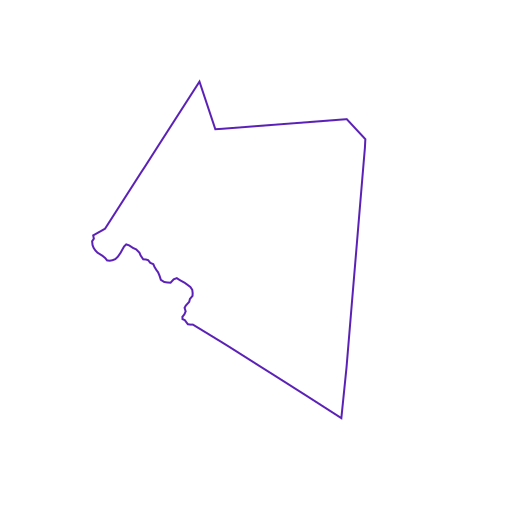 São Benedito do Rio Preto, Maranhão, Brazil (Mercator projection), rotated 337°
{"feature_id": "56859067B52035287226996", "entity_name": "São Benedito do Rio Preto", "entity_type": "district", "adm_level": 2, "iso_a3": "BRA", "parent_name": "Brazil", "parent_adm1": "Maranhão", "projection": "mercator", "projection_center": [-43.709, -3.395], "detail": "fine", "context": "isolated", "style": "outline", "palette": "violet", "viewbox_px": 512, "rotation_deg": 337, "n_neighbors": 0, "source": "geoboundaries", "source_scale": "gbopen_adm2", "svg_char_len": 1124}
<svg xmlns="http://www.w3.org/2000/svg" viewBox="0 0 512 512"><g transform="rotate(337 256 256)"><path d="M272.1,73.4L211.8,114.5L188.6,130.4L183.6,133.7L127.7,171.9L114.2,173.4L113.5,176.7L110.9,178.4L109.8,182.1L109.7,185.0L110.3,188.1L111.4,191.0L114.8,195.9L116.4,199.0L117.2,201.9L119.5,203.2L122.2,203.8L125.3,203.9L128.5,202.7L132.5,200.2L135.3,198.0L138.3,195.7L141.1,194.6L143.4,196.7L145.9,200.5L148.3,203.1L150.0,207.4L150.0,210.5L150.9,215.0L153.3,216.2L155.1,217.7L156.0,221.0L158.3,223.4L158.3,226.3L158.8,229.8L159.5,232.7L159.5,236.3L159.1,240.8L161.3,244.0L163.8,245.6L166.9,247.2L171.1,245.3L174.4,245.4L176.5,248.5L179.9,252.8L181.7,255.8L183.5,258.9L184.1,262.3L183.2,265.4L182.0,267.9L178.4,269.7L176.6,272.1L172.0,274.2L170.0,275.8L169.6,279.5L167.3,281.7L164.5,283.2L163.7,285.4L165.4,287.2L166.6,292.2L168.8,293.5L171.1,294.5L193.6,325.9L216.0,358.3L237.2,388.9L240.0,393.0L247.6,404.0L271.2,438.6L295.7,394.1L324.7,339.0L353.0,285.3L368.9,255.1L392.0,211.3L398.3,199.4L402.3,191.2L393.0,165.5L320.5,141.1L274.0,125.5L268.1,123.4L272.1,73.4Z" fill="none" stroke="#5b21b6" stroke-width="2"/></g></svg>